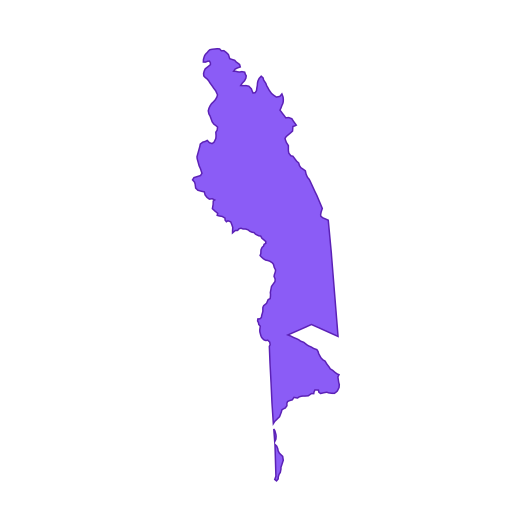 Tracuateua, Pará, Brazil, rotated 324°
{"feature_id": "56859067B98694132749853", "entity_name": "Tracuateua", "entity_type": "district", "adm_level": 2, "iso_a3": "BRA", "parent_name": "Brazil", "parent_adm1": "Pará", "projection": "albers", "projection_center": [-46.953, -1.066], "detail": "fine", "context": "isolated", "style": "filled", "palette": "violet", "viewbox_px": 512, "rotation_deg": 324, "n_neighbors": 0, "source": "geoboundaries", "source_scale": "gbopen_adm2", "svg_char_len": 4540}
<svg xmlns="http://www.w3.org/2000/svg" viewBox="0 0 512 512"><g transform="rotate(324 256 256)"><path d="M372.2,140.1L369.1,140.9L365.9,139.4L364.8,136.4L364.1,133.6L364.1,131.2L364.2,128.7L364.5,126.9L364.7,124.5L365.4,122.3L365.5,120.4L365.6,118.1L366.4,116.1L365.9,113.6L362.9,114.2L360.5,115.5L358.9,116.9L357.3,118.8L355.6,120.4L353.6,122.5L351.3,123.4L349.4,122.4L349.9,120.1L350.5,118.1L350.0,114.4L348.2,112.4L345.5,110.5L343.8,109.1L346.4,108.1L349.7,107.5L352.3,106.2L354.0,104.5L354.2,102.7L354.9,100.6L352.9,98.5L350.8,97.5L349.5,96.3L348.3,94.8L346.5,93.4L349.0,92.5L351.7,93.0L354.4,93.8L355.3,91.4L354.7,89.4L354.0,87.4L353.8,85.1L352.2,83.0L350.7,80.9L351.4,78.9L352.1,76.8L351.6,73.9L350.7,71.0L348.6,69.6L348.3,67.1L346.6,65.6L344.5,64.4L341.9,62.9L339.9,62.0L338.0,62.2L336.3,62.7L334.2,63.0L332.4,63.6L330.9,64.6L329.1,66.0L327.4,68.1L329.0,69.4L331.5,70.1L332.9,71.0L332.6,73.0L331.6,74.4L328.6,74.6L325.0,74.7L322.7,76.0L320.8,77.6L319.6,79.6L319.8,81.6L320.5,84.0L320.7,86.6L320.5,88.7L320.5,90.7L320.5,93.0L320.4,95.4L320.5,98.6L319.6,103.0L317.8,104.4L314.9,105.7L312.1,106.3L309.6,106.6L307.2,107.5L304.8,108.8L302.7,110.5L301.4,113.4L301.1,115.8L299.4,121.7L299.4,124.5L300.3,127.3L300.7,129.1L298.5,131.4L296.3,132.2L295.4,133.6L294.3,135.3L292.6,137.3L290.4,138.5L288.8,139.3L286.5,139.2L284.9,136.9L284.5,133.8L282.3,133.5L279.9,132.6L276.7,132.7L274.9,134.4L266.6,141.0L265.6,142.7L264.4,145.9L263.0,149.6L262.4,152.6L260.9,157.3L258.4,158.3L251.9,156.1L249.4,157.1L249.7,160.0L249.1,161.9L247.1,165.6L247.6,168.6L250.1,171.8L251.9,173.7L250.7,176.7L250.8,179.8L251.7,182.6L254.2,183.9L255.5,186.4L253.7,186.4L251.6,189.1L248.5,192.1L249.2,195.6L250.1,199.0L248.5,200.3L249.8,202.0L251.9,204.1L253.2,207.1L252.1,208.8L252.2,210.9L254.0,211.0L255.6,213.5L255.0,216.0L254.0,219.2L251.8,221.9L250.6,223.5L254.2,223.2L256.1,224.5L258.3,224.0L260.2,224.7L261.3,226.4L263.6,228.2L265.0,230.3L265.6,232.5L266.8,234.5L268.2,235.9L268.4,238.0L269.3,239.8L270.2,241.4L271.5,242.6L271.2,245.1L271.9,247.8L272.4,250.0L271.4,251.5L269.4,251.3L268.0,252.4L266.0,252.6L263.7,253.9L262.4,255.5L261.3,256.9L259.6,258.0L259.8,260.0L260.4,262.7L261.4,265.0L262.8,266.5L264.1,268.3L265.2,271.2L265.2,273.1L264.1,275.8L263.6,278.8L262.3,280.2L259.9,281.9L258.6,283.1L258.0,285.8L256.4,287.8L250.7,289.7L249.3,291.0L246.1,294.0L245.1,295.7L243.9,297.2L242.4,298.8L240.2,298.4L236.7,300.5L234.8,300.6L233.0,300.7L231.4,301.6L230.2,303.1L229.2,304.6L227.7,305.9L225.8,307.3L224.2,308.9L222.2,309.1L220.5,308.0L219.1,309.5L218.8,311.4L218.0,313.0L218.2,315.3L215.6,318.0L214.5,319.7L213.1,323.3L212.7,325.0L212.8,326.8L213.2,328.7L214.3,330.2L216.0,331.0L216.5,333.7L215.3,336.1L213.7,336.9L204.3,351.0L193.9,367.0L182.4,384.5L171.5,401.8L174.0,400.8L176.4,400.5L178.1,400.2L180.5,399.9L184.7,397.2L186.5,395.7L188.6,395.8L190.3,396.2L193.0,395.3L194.4,393.3L196.0,392.3L198.1,392.7L200.8,393.7L203.6,392.7L206.1,395.3L208.4,395.4L210.9,396.4L213.3,398.1L216.1,399.8L220.0,399.9L221.8,401.3L223.0,400.1L225.0,399.0L227.7,401.2L226.8,403.1L227.4,405.2L230.3,406.4L233.2,407.8L234.3,409.4L236.6,411.6L238.7,413.2L240.7,413.2L242.5,413.0L245.9,411.2L247.8,409.0L248.6,406.9L251.2,401.9L253.4,400.8L252.4,399.2L251.5,396.6L250.8,393.5L249.7,390.9L249.9,389.1L249.8,385.0L250.1,381.6L249.1,379.4L248.7,376.5L249.3,371.8L250.1,369.7L250.2,367.5L248.3,364.7L247.1,361.9L245.7,359.6L244.9,357.6L243.9,353.9L242.0,351.0L241.4,349.0L240.4,347.1L238.6,344.2L237.0,341.1L235.4,338.6L245.9,340.9L260.6,344.0L272.0,363.9L275.1,369.3L294.0,338.3L317.3,300.1L318.5,298.2L335.5,269.5L334.3,267.4L332.5,264.4L331.8,261.9L332.7,260.4L334.8,258.5L337.6,256.5L340.8,242.8L341.5,238.7L343.8,227.2L344.1,225.1L343.9,222.8L344.3,220.6L344.8,218.8L346.0,216.1L345.3,213.9L344.2,210.9L344.3,208.4L345.2,205.8L344.6,203.3L344.5,197.0L343.1,195.4L343.0,192.1L344.0,190.0L345.5,187.9L347.1,185.7L347.3,182.0L348.0,179.5L348.6,177.9L350.7,177.1L353.3,176.9L356.4,176.7L359.0,176.4L362.0,172.9L363.7,173.5L365.5,173.8L365.5,168.7L365.7,166.0L363.8,163.2L361.3,161.7L361.3,158.6L361.2,156.0L361.2,154.1L361.1,152.1L363.4,150.8L365.3,149.5L367.3,148.4L368.6,147.3L370.0,145.6L371.3,143.4L372.2,140.1ZM140.4,450.0L142.9,449.4L144.1,447.9L146.3,446.2L148.4,445.4L150.9,443.1L152.0,441.6L154.0,440.2L158.0,437.3L159.8,433.8L159.0,429.2L159.4,426.6L160.3,424.8L161.0,422.1L160.6,419.6L142.7,445.8L139.8,447.8L140.4,450.0ZM162.0,417.2L164.4,415.9L166.2,413.8L167.1,412.3L168.5,408.6L168.7,406.4L162.0,417.2Z" fill="#8b5cf6" stroke="#5b21b6" stroke-width="1.5"/></g></svg>